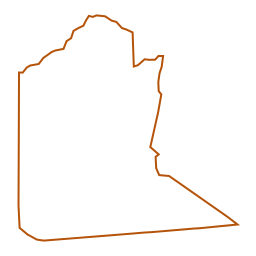 Japi, Rio Grande do Norte, Brazil (Equal Earth projection)
{"feature_id": "56859067B28564243128765", "entity_name": "Japi", "entity_type": "district", "adm_level": 2, "iso_a3": "BRA", "parent_name": "Brazil", "parent_adm1": "Rio Grande do Norte", "projection": "equal_earth", "projection_center": [-35.887, -6.423], "detail": "fine", "context": "isolated", "style": "outline", "palette": "amber", "viewbox_px": 256, "rotation_deg": 0, "n_neighbors": 0, "source": "geoboundaries", "source_scale": "gbopen_adm2", "svg_char_len": 750}
<svg xmlns="http://www.w3.org/2000/svg" viewBox="0 0 256 256"><path d="M132.6,32.4L126.1,29.4L122.0,28.1L116.3,21.9L111.6,20.6L105.1,16.3L96.5,15.4L92.8,16.9L88.9,15.9L85.9,20.6L83.4,25.7L78.5,28.0L73.5,30.9L71.1,38.2L66.6,41.1L63.5,48.9L55.3,50.5L51.7,52.0L43.3,58.0L38.7,64.0L30.2,65.5L26.8,67.5L22.7,72.6L19.0,72.5L18.8,134.4L18.5,205.3L19.6,227.9L27.7,234.6L36.9,239.6L43.8,240.6L131.9,233.6L143.6,232.6L152.0,232.1L194.4,228.5L198.7,228.3L237.5,224.5L227.3,216.7L169.1,176.0L159.2,175.1L156.2,168.2L155.6,156.9L158.7,154.4L150.3,147.1L158.1,112.4L161.3,94.5L158.7,91.1L158.3,82.0L159.6,73.0L161.7,66.8L163.1,56.0L158.5,56.0L155.1,59.7L149.0,59.8L144.6,59.3L137.9,65.2L133.8,66.5L132.6,32.4Z" fill="none" stroke="#b45309" stroke-width="2"/></svg>